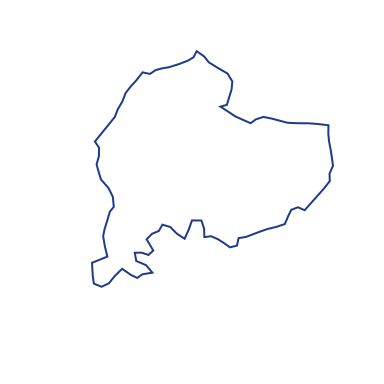 the district of Santiago do Sul, Santa Catarina, Brazil, rotated 123°
{"feature_id": "56859067B60132892344314", "entity_name": "Santiago do Sul", "entity_type": "district", "adm_level": 2, "iso_a3": "BRA", "parent_name": "Brazil", "parent_adm1": "Santa Catarina", "projection": "natural_earth1", "projection_center": [-52.689, -26.628], "detail": "fine", "context": "isolated", "style": "outline", "palette": "blue", "viewbox_px": 384, "rotation_deg": 123, "n_neighbors": 0, "source": "geoboundaries", "source_scale": "gbopen_adm2", "svg_char_len": 1376}
<svg xmlns="http://www.w3.org/2000/svg" viewBox="0 0 384 384"><g transform="rotate(123 192 192)"><path d="M145.9,87.6L117.1,83.2L107.8,82.4L101.8,86.6L93.1,88.1L86.3,94.0L81.2,98.6L74.7,104.8L68.9,109.4L61.7,113.9L66.7,124.0L71.1,132.0L77.0,141.2L82.0,149.8L84.6,157.8L86.9,164.8L90.1,173.0L96.3,178.0L102.4,180.3L105.0,196.7L104.9,214.6L99.9,210.2L92.5,212.4L84.6,214.6L77.3,218.4L73.3,226.7L73.9,238.7L74.1,248.5L71.7,255.5L71.4,264.8L78.2,264.1L83.6,266.7L91.6,272.4L100.0,279.4L105.0,284.8L109.6,288.9L115.9,291.6L118.6,298.6L127.9,299.4L137.3,300.9L145.1,301.6L154.0,299.7L163.0,299.3L171.1,297.6L202.6,300.9L205.4,294.2L212.4,289.7L220.9,287.0L226.1,281.1L231.1,275.1L234.2,264.1L239.2,255.7L247.1,249.5L253.2,250.2L261.9,247.6L270.7,245.1L277.4,242.5L284.8,235.7L292.3,227.8L305.8,237.3L311.0,233.5L316.2,229.7L322.3,224.4L320.7,216.2L313.8,212.0L304.7,211.0L294.5,208.8L294.8,198.1L293.9,191.1L288.2,188.9L281.2,181.3L278.4,190.7L280.2,201.2L274.1,206.9L270.3,201.2L268.5,194.2L262.2,192.6L256.4,204.3L248.9,202.8L242.7,198.6L235.5,199.0L233.2,191.1L235.2,182.1L235.2,172.7L225.3,174.3L215.8,176.5L210.8,168.6L216.2,161.8L223.1,157.1L218.7,151.9L217.5,144.7L217.4,137.3L217.7,130.0L212.5,125.1L205.3,127.8L200.1,122.1L191.0,115.5L182.0,108.6L174.9,101.9L168.3,96.7L159.2,98.3L152.8,99.0L147.1,94.8L145.9,87.6Z" fill="none" stroke="#1e3a8a" stroke-width="2"/></g></svg>